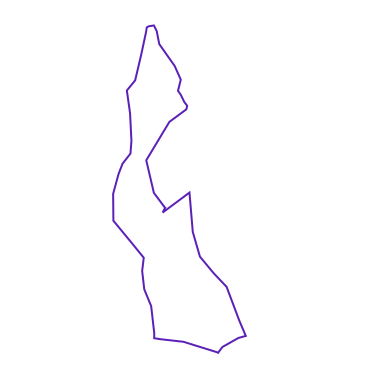 outline of Kotor, rotated 195°
{"feature_id": "MNE-1507", "entity_name": "Kotor", "entity_type": "Municipality", "adm_level": 1, "iso_a3": "MNE", "parent_name": "Montenegro", "parent_adm1": "", "projection": "albers", "projection_center": [18.686, 42.45], "detail": "fine", "context": "isolated", "style": "outline", "palette": "violet", "viewbox_px": 384, "rotation_deg": 195, "n_neighbors": 0, "source": "natural_earth", "source_scale": "10m", "svg_char_len": 765}
<svg xmlns="http://www.w3.org/2000/svg" viewBox="0 0 384 384"><g transform="rotate(195 192 192)"><path d="M102.8,66.9L109.3,63.1L122.5,50.2L125.2,43.4L126.3,43.7L161.5,45.1L184.8,41.6L190.7,41.0L191.8,45.5L201.9,71.2L212.9,85.6L219.7,102.8L221.6,116.0L236.8,127.0L260.5,143.9L267.7,169.8L267.6,190.5L266.4,201.4L261.4,213.2L263.7,225.6L272.2,252.0L281.2,273.2L275.8,285.1L276.6,311.4L277.8,335.0L278.3,339.2L276.8,340.8L271.9,343.0L267.8,338.4L261.9,326.4L241.3,309.2L231.9,297.6L231.7,286.1L228.1,283.1L222.7,276.9L218.9,274.0L218.9,270.4L219.0,270.2L232.0,253.9L244.4,210.8L228.6,181.3L214.0,169.8L213.9,169.8L215.0,164.6L194.3,190.8L180.9,153.6L167.6,131.6L150.1,119.2L134.0,109.3L113.1,80.1L102.8,66.9Z" fill="none" stroke="#5b21b6" stroke-width="2"/></g></svg>